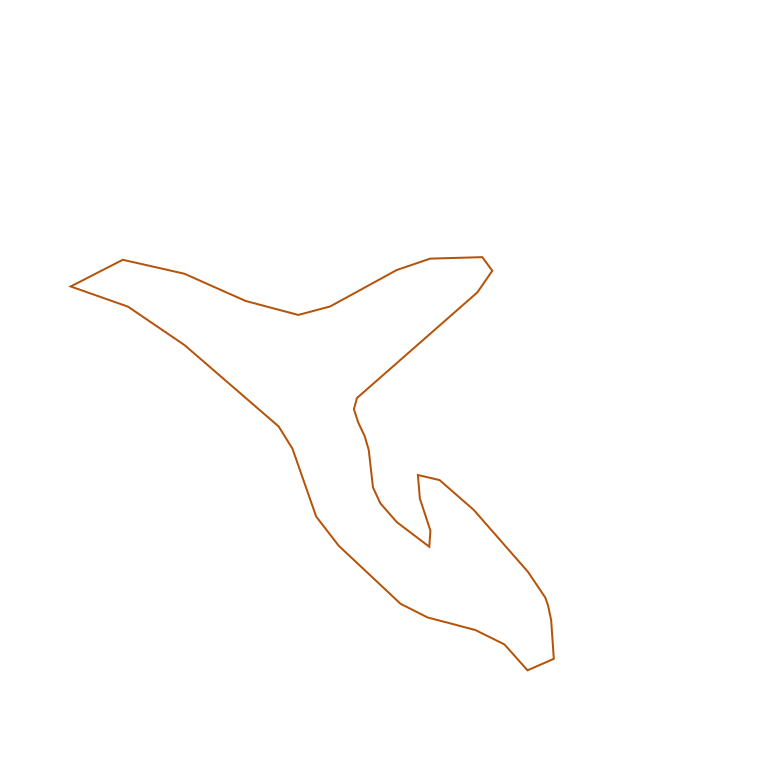 South Eleuthera, Albers equal-area conic projection, rotated 129°
{"feature_id": "BHS-5029", "entity_name": "South Eleuthera", "entity_type": "District", "adm_level": 1, "iso_a3": "BHS", "parent_name": "The Bahamas", "parent_adm1": "", "projection": "albers", "projection_center": [-76.202, 24.817], "detail": "fine", "context": "isolated", "style": "outline", "palette": "amber", "viewbox_px": 768, "rotation_deg": 129, "n_neighbors": 0, "source": "natural_earth", "source_scale": "10m", "svg_char_len": 667}
<svg xmlns="http://www.w3.org/2000/svg" viewBox="0 0 768 768"><g transform="rotate(129 384 384)"><path d="M516.2,92.3L510.6,126.5L517.7,158.1L538.1,203.5L544.4,232.8L538.2,317.5L529.7,353.3L491.9,414.4L483.3,439.1L479.3,563.3L485.0,631.6L505.4,688.9L451.9,665.2L424.0,608.7L406.5,543.6L384.3,494.1L357.7,474.7L287.3,445.8L257.5,427.0L223.6,387.5L227.8,371.1L254.0,369.1L411.9,396.2L422.5,391.5L430.0,380.1L436.6,366.3L444.9,354.3L471.3,327.5L479.0,311.8L483.3,287.2L482.0,246.4L468.8,255.6L450.4,284.1L433.4,300.4L423.7,280.3L425.4,234.9L439.4,153.9L448.5,124.2L452.9,117.1L462.3,105.5L490.7,79.1L516.2,92.3Z" fill="none" stroke="#b45309" stroke-width="2"/></g></svg>